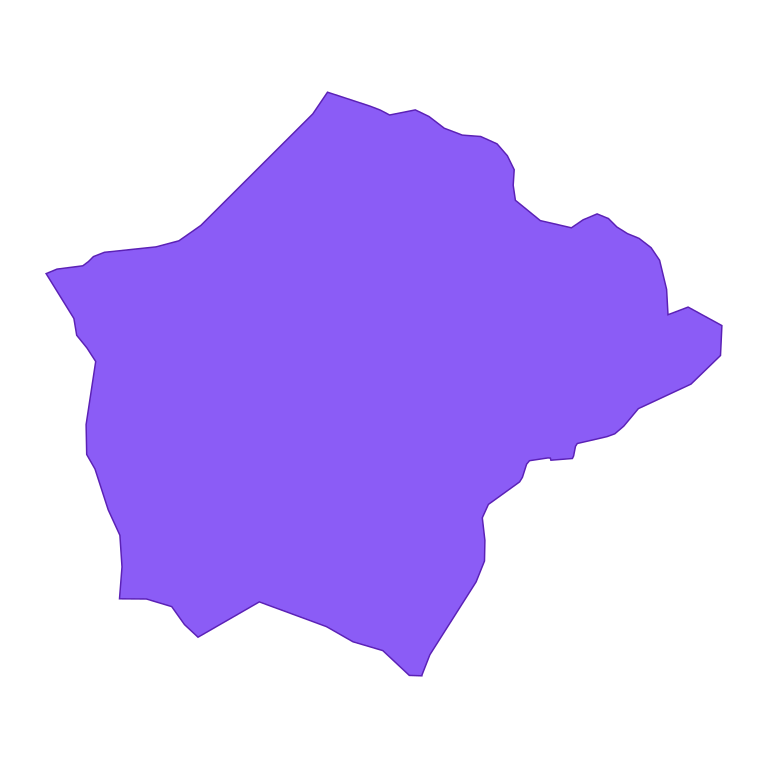 Ruyigi, Mercator projection
{"feature_id": "BDI-2635", "entity_name": "Ruyigi", "entity_type": "Province", "adm_level": 1, "iso_a3": "BDI", "parent_name": "Burundi", "parent_adm1": "", "projection": "mercator", "projection_center": [30.363, -3.445], "detail": "fine", "context": "isolated", "style": "filled", "palette": "violet", "viewbox_px": 768, "rotation_deg": 0, "n_neighbors": 0, "source": "natural_earth", "source_scale": "10m", "svg_char_len": 1151}
<svg xmlns="http://www.w3.org/2000/svg" viewBox="0 0 768 768"><path d="M688.1,307.1L721.9,325.6L720.5,355.5L691.0,384.1L638.4,408.6L623.8,426.1L614.8,433.8L607.1,436.6L577.3,443.5L575.5,446.3L573.6,456.0L572.4,458.5L550.9,460.2L550.4,458.1L548.1,457.9L529.5,460.7L526.6,464.2L522.4,477.4L519.6,481.9L488.4,504.4L482.3,517.8L484.9,540.4L484.5,561.0L476.1,581.9L429.9,654.7L422.0,674.9L421.9,675.8L421.3,675.8L409.3,675.4L382.8,650.6L353.0,641.8L326.4,626.6L259.3,601.9L198.0,637.2L184.5,624.6L171.7,606.6L146.4,599.0L119.5,598.8L122.0,566.9L119.9,535.3L108.2,509.8L95.0,469.0L86.7,454.5L86.1,424.6L95.7,361.5L86.9,347.9L76.7,335.3L73.9,318.5L46.1,273.6L57.0,269.1L82.8,265.8L88.4,261.6L93.4,256.6L104.4,252.3L155.8,246.9L178.9,240.8L200.9,225.4L312.8,113.9L327.5,92.2L370.2,106.2L380.3,110.1L389.6,115.0L415.3,109.9L429.0,116.5L444.2,128.2L462.3,135.1L480.7,136.5L497.1,143.9L507.4,155.8L514.2,169.7L513.2,185.3L515.4,200.3L540.3,220.6L571.4,227.8L583.1,219.8L597.1,213.9L608.5,218.6L616.9,227.0L627.4,233.6L639.1,238.4L651.1,247.7L659.6,260.3L666.6,289.4L668.0,314.7L687.8,307.2L688.1,307.1Z" fill="#8b5cf6" stroke="#5b21b6" stroke-width="1.5"/></svg>